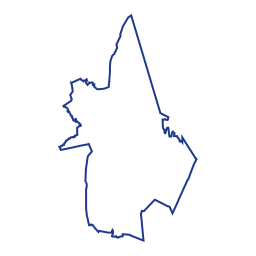 San Luis Amatlán, Oaxaca, Mexico
{"feature_id": "50627088B42859647725338", "entity_name": "San Luis Amatlán", "entity_type": "district", "adm_level": 2, "iso_a3": "MEX", "parent_name": "Mexico", "parent_adm1": "Oaxaca", "projection": "equal_earth", "projection_center": [-96.504, 16.471], "detail": "fine", "context": "isolated", "style": "outline", "palette": "blue", "viewbox_px": 256, "rotation_deg": 0, "n_neighbors": 0, "source": "geoboundaries", "source_scale": "gbopen_adm2", "svg_char_len": 5497}
<svg xmlns="http://www.w3.org/2000/svg" viewBox="0 0 256 256"><path d="M73.2,120.2L73.9,120.7L74.2,120.8L74.7,120.5L75.2,119.2L75.4,118.9L75.6,118.9L76.1,119.3L75.8,119.9L75.5,120.5L75.4,120.9L75.7,121.8L76.1,122.0L76.7,121.6L77.0,121.3L77.7,121.8L77.9,122.0L78.4,122.6L79.0,122.8L79.3,123.0L79.4,123.3L79.4,123.5L79.4,123.8L79.6,124.2L80.2,124.3L80.6,124.5L80.8,124.7L80.8,125.6L80.6,126.0L79.9,125.9L79.4,125.9L78.9,126.2L78.8,126.6L77.4,127.6L77.0,128.0L77.2,129.6L77.2,130.9L77.2,131.7L77.1,132.0L77.2,132.3L77.1,132.9L77.1,133.2L77.3,133.7L77.3,134.9L76.6,135.0L76.1,135.1L75.5,135.6L75.5,136.0L75.0,136.6L74.6,136.9L74.3,136.9L74.2,136.6L73.7,137.3L73.5,137.5L72.8,137.2L72.6,137.0L72.3,137.0L72.1,137.2L71.8,137.3L71.7,137.3L71.4,137.3L71.1,137.3L70.8,137.5L70.5,137.8L70.3,137.8L70.2,137.9L69.9,138.5L69.7,138.6L69.4,138.8L69.2,138.8L69.1,138.7L68.9,138.5L68.7,138.7L68.5,139.2L68.1,139.4L67.7,139.6L67.4,139.9L67.1,139.9L66.9,140.1L66.7,140.4L66.2,140.6L65.9,141.0L66.1,141.4L65.5,141.8L65.4,141.9L65.2,142.3L65.1,142.7L64.6,142.9L63.9,144.1L64.1,144.4L64.1,144.6L64.1,144.8L63.8,144.8L63.4,144.7L63.2,144.7L63.1,144.9L63.0,145.2L62.4,145.7L61.8,145.6L60.9,146.1L60.6,146.6L60.4,147.1L59.9,147.1L59.5,147.0L60.8,149.9L64.3,149.2L67.3,148.6L76.2,146.7L76.4,146.6L76.9,146.5L78.9,146.1L79.0,146.1L79.6,145.9L82.5,145.3L82.8,145.3L85.2,144.8L86.5,144.6L88.8,144.0L89.4,145.6L90.8,148.8L91.9,151.5L90.2,153.5L89.9,153.8L87.8,156.4L87.7,157.1L87.3,159.3L87.1,160.9L86.8,163.0L86.6,164.3L86.0,168.5L85.9,169.0L86.0,169.0L85.9,169.9L85.4,181.2L86.5,183.3L86.7,184.7L86.8,185.3L86.7,185.9L86.6,186.5L86.6,187.2L86.6,187.6L86.4,187.9L86.3,188.5L86.1,188.9L86.1,208.8L86.7,213.9L86.7,214.5L86.8,215.2L87.0,215.9L87.1,216.6L87.3,217.3L87.4,217.6L89.1,225.5L89.2,226.0L89.2,225.9L89.3,225.3L89.4,225.2L89.6,225.2L90.1,225.1L90.2,225.3L90.3,225.5L90.3,226.2L90.4,225.7L90.3,225.1L90.4,224.9L90.5,224.8L90.8,224.6L91.2,224.5L91.7,224.6L92.7,225.0L93.3,225.8L93.4,226.3L98.3,231.9L98.6,231.2L99.0,230.8L101.2,231.4L102.2,231.4L103.2,231.7L108.3,232.6L111.4,232.6L111.5,232.1L111.9,231.7L112.0,231.2L112.1,230.6L112.3,230.2L112.5,229.9L113.0,231.0L113.1,231.8L113.0,232.6L112.9,233.2L112.8,233.9L112.3,234.9L111.9,236.1L112.6,236.6L114.7,236.6L115.3,236.2L116.2,236.3L116.4,237.2L117.5,237.2L117.6,237.4L117.8,237.3L118.0,237.5L118.3,237.6L118.6,237.5L118.7,237.4L118.9,237.3L119.2,237.1L119.4,237.0L119.6,236.8L119.8,236.8L120.1,236.6L121.1,236.6L121.5,236.4L121.9,236.1L122.3,236.1L122.7,236.2L122.7,235.3L122.8,234.9L122.8,234.6L122.8,234.2L129.8,234.8L130.4,235.4L143.5,240.6L142.0,224.6L141.6,219.8L140.9,214.3L141.9,210.9L143.8,211.2L154.8,199.7L162.6,203.6L166.5,205.7L167.7,206.3L169.5,206.6L172.5,213.3L178.2,200.9L178.6,199.7L187.5,180.1L188.0,179.5L188.1,179.1L188.8,178.1L189.9,174.8L194.0,164.0L195.4,161.5L195.9,160.5L196.2,159.5L196.5,159.3L196.3,158.7L196.2,158.6L195.9,158.8L182.3,137.4L182.3,142.2L182.1,141.9L181.9,141.6L181.6,141.5L181.1,141.2L180.9,141.1L180.7,141.5L180.4,141.5L179.9,141.5L179.6,141.1L179.5,140.9L179.4,139.7L179.2,139.4L179.1,139.1L178.9,138.8L177.9,137.9L177.4,137.3L177.4,137.1L177.4,136.8L177.3,136.5L177.1,136.1L173.9,136.1L174.1,134.9L174.4,134.2L174.5,134.1L174.6,133.7L174.5,133.3L174.5,133.2L174.2,133.0L174.0,132.9L173.8,132.7L173.6,132.5L173.2,131.9L173.0,131.6L172.9,131.5L172.6,131.7L172.4,132.0L172.1,132.7L172.0,133.1L171.8,134.5L171.7,135.0L171.4,135.4L171.3,136.0L170.9,136.7L169.4,136.4L168.3,127.8L168.0,127.7L167.3,127.8L166.9,128.2L166.7,128.7L166.5,129.1L166.2,130.3L165.8,131.4L165.6,132.6L165.5,133.0L165.4,133.2L165.2,133.3L164.6,132.5L164.4,131.9L164.4,131.3L164.4,130.6L164.4,130.1L164.3,129.7L164.1,129.5L163.8,129.2L163.2,128.6L163.2,128.3L163.1,127.9L162.9,127.2L162.6,119.7L163.4,119.9L163.7,119.9L163.9,119.7L164.2,119.4L164.6,119.3L164.9,119.1L165.2,119.2L165.5,119.5L166.0,119.7L166.2,119.8L166.7,119.9L167.1,120.0L167.4,120.0L167.8,119.8L167.9,119.6L168.0,119.0L168.0,118.4L168.1,117.7L168.3,117.5L168.4,117.2L164.4,115.2L161.7,113.7L161.4,113.6L160.4,113.2L131.2,15.4L128.1,17.6L123.1,26.0L120.4,33.8L120.3,34.2L120.2,34.5L120.3,34.9L120.4,35.2L120.4,35.5L120.6,35.8L116.4,44.6L117.2,47.9L116.3,49.5L116.0,50.2L115.9,50.7L115.7,51.4L115.3,51.7L114.9,52.2L114.7,52.7L114.6,53.3L114.4,53.9L113.9,54.3L113.4,54.6L113.0,55.0L112.7,55.5L112.2,55.9L112.0,56.4L111.8,57.0L110.4,61.3L109.9,66.7L110.0,71.3L109.3,80.0L109.3,81.4L109.2,81.5L108.7,87.0L104.2,88.7L103.0,88.8L102.2,88.9L100.9,89.0L99.0,89.2L97.4,89.3L95.8,88.1L94.2,86.7L94.3,85.3L94.3,85.2L94.3,84.4L92.9,84.8L93.1,83.8L92.5,83.0L92.6,82.6L91.7,82.4L89.9,83.0L89.4,82.7L89.4,83.3L88.6,83.7L88.5,83.8L87.6,84.9L86.0,82.9L87.0,80.4L86.6,79.3L85.6,80.0L85.4,80.4L85.0,80.6L84.8,80.9L84.1,81.1L83.6,81.4L83.1,80.5L82.8,80.6L81.9,80.4L81.4,80.0L81.1,79.6L81.0,79.2L80.6,78.7L71.4,82.9L71.2,82.8L72.2,86.8L72.7,91.6L70.2,94.8L70.5,95.4L70.7,96.0L70.8,96.6L71.2,98.1L71.6,98.6L71.8,99.2L71.5,99.7L71.3,100.7L63.7,105.8L63.3,105.9L63.1,106.5L62.9,106.7L63.0,106.6L63.3,106.7L63.5,106.7L63.8,106.4L64.7,106.4L65.1,107.1L65.4,107.3L65.8,107.2L66.8,107.8L67.4,108.6L67.7,108.8L67.9,109.1L68.0,109.4L67.9,110.0L67.5,110.8L67.5,111.3L67.6,111.7L68.2,112.0L68.5,111.7L69.0,111.5L69.3,111.7L69.2,112.1L69.2,112.5L69.4,112.6L69.6,112.8L69.8,113.2L70.1,113.6L70.5,114.3L70.7,114.8L70.8,115.4L70.8,115.5L71.5,116.2L71.8,116.2L72.0,116.2L72.0,116.4L72.1,116.6L72.0,117.4L72.2,117.8L72.5,117.7L72.7,118.0L72.8,119.1L72.9,119.5L73.2,120.2Z" fill="none" stroke="#1e3a8a" stroke-width="2"/></svg>